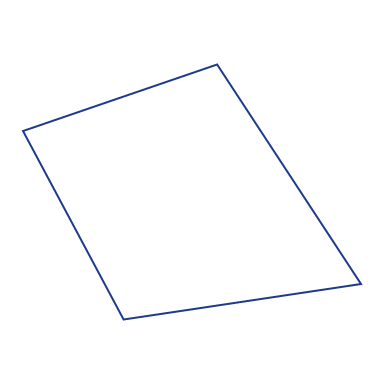 Vlahita, Harghita, Romania
{"feature_id": "2599482B60669636608871", "entity_name": "Vlahita", "entity_type": "district", "adm_level": 2, "iso_a3": "ROU", "parent_name": "Romania", "parent_adm1": "Harghita", "projection": "robinson", "projection_center": [25.466, 46.352], "detail": "fine", "context": "isolated", "style": "outline", "palette": "blue", "viewbox_px": 384, "rotation_deg": 0, "n_neighbors": 0, "source": "geoboundaries", "source_scale": "gbopen_adm2", "svg_char_len": 185}
<svg xmlns="http://www.w3.org/2000/svg" viewBox="0 0 384 384"><path d="M361.0,284.0L217.1,64.5L23.0,131.0L123.6,319.5L361.0,284.0Z" fill="none" stroke="#1e3a8a" stroke-width="2"/></svg>